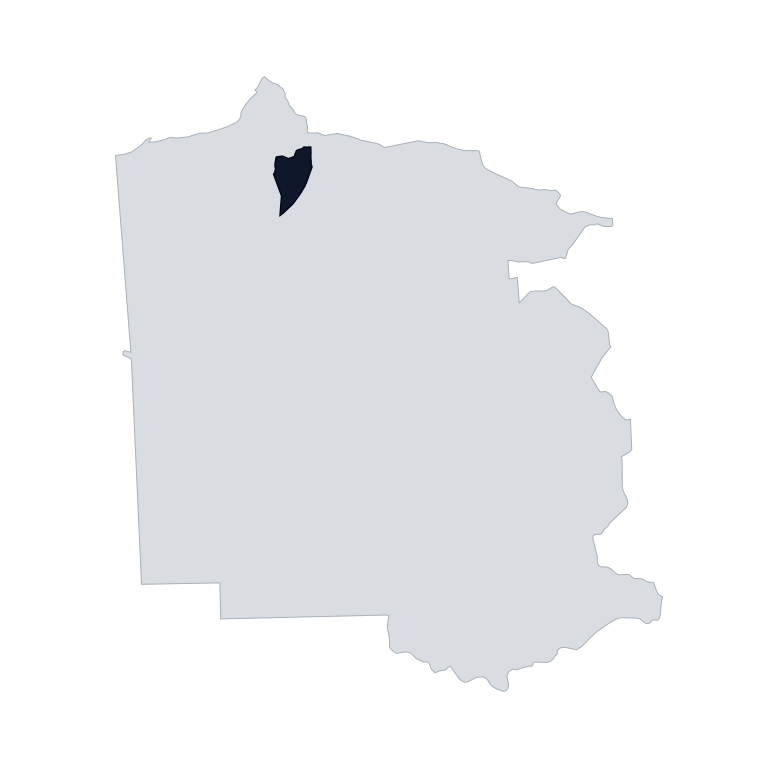 Dordieb, Red Sea, Sudan (highlighted), rotated 265°
{"feature_id": "16777658B19100050508345", "entity_name": "Dordieb", "entity_type": "district", "adm_level": 2, "iso_a3": "SDN", "parent_name": "Sudan", "parent_adm1": "Red Sea", "projection": "orthographic", "projection_center": [35.963, 17.512], "detail": "fine", "context": "in_parent", "style": "filled", "palette": "ink", "viewbox_px": 768, "rotation_deg": 265, "n_neighbors": 0, "source": "geoboundaries", "source_scale": "gbopen_adm2", "svg_char_len": 4523}
<svg xmlns="http://www.w3.org/2000/svg" viewBox="0 0 768 768"><g transform="rotate(265 384 384)"><path d="M529.2,625.9L522.0,625.8L521.2,624.1L521.4,619.4L522.2,615.9L524.9,610.3L524.2,607.2L524.6,602.9L522.8,597.9L505.6,583.3L502.3,579.3L493.0,575.6L494.7,571.5L491.2,542.0L493.1,538.7L493.7,533.5L493.7,529.0L496.0,521.5L496.2,518.3L478.0,517.8L477.7,521.0L478.5,524.7L478.5,526.1L453.1,525.8L463.1,537.5L463.5,542.6L462.8,548.9L462.9,552.9L463.5,555.6L466.1,560.8L465.9,561.8L465.3,563.0L447.0,578.0L443.9,585.0L441.4,588.7L436.1,594.9L419.3,610.9L416.6,611.9L404.0,612.2L402.8,612.5L401.8,613.2L401.2,613.1L390.6,603.1L372.7,591.0L360.6,596.7L357.3,598.7L357.2,604.3L355.3,607.1L352.0,610.1L343.1,611.7L338.5,613.3L333.0,616.2L327.5,621.2L327.0,623.9L327.6,626.4L297.1,625.1L295.1,623.0L290.9,614.2L287.8,614.6L260.1,612.4L256.1,613.1L248.1,616.2L244.1,616.6L240.1,614.8L226.0,597.0L223.0,594.8L219.8,590.5L216.8,588.6L215.7,587.2L215.5,585.4L215.7,581.7L214.7,579.3L212.5,578.6L192.9,581.5L190.1,580.9L186.0,581.4L184.6,582.0L182.9,584.1L182.5,588.8L181.9,591.1L180.3,593.6L174.6,599.0L173.3,601.5L173.3,607.9L172.9,611.1L172.0,612.5L169.5,614.8L168.5,616.2L167.3,624.3L164.1,629.0L163.4,630.7L163.1,634.2L162.6,635.3L153.7,637.6L150.3,639.2L148.2,641.8L147.7,643.0L144.0,641.7L139.2,640.7L130.1,639.2L126.5,637.7L124.8,635.7L125.5,630.8L124.7,629.6L123.2,628.7L122.3,626.5L122.6,623.9L127.6,618.5L128.7,615.6L130.5,601.3L130.3,596.9L126.8,588.6L118.6,574.2L116.5,571.3L106.1,559.1L104.9,557.4L102.4,552.4L105.8,542.0L106.1,539.1L105.5,536.0L102.9,533.5L100.4,533.1L97.3,530.0L95.3,528.6L93.5,526.0L92.4,522.4L93.9,510.0L93.4,508.3L90.6,507.6L90.0,506.7L90.3,504.3L89.1,497.1L87.7,491.1L88.8,487.9L86.7,483.3L82.4,481.0L73.7,481.9L71.0,481.4L69.2,480.4L68.0,478.7L67.4,476.7L68.2,473.9L70.9,468.8L74.2,464.6L80.7,461.1L82.4,459.1L83.5,456.9L83.8,454.2L83.6,451.3L83.0,448.7L81.4,445.1L79.9,440.9L80.0,438.2L81.0,436.3L82.8,434.0L89.2,429.9L95.7,426.5L96.8,425.2L96.5,423.6L93.8,420.2L93.2,414.0L91.9,409.6L95.3,406.6L97.7,405.7L101.4,404.9L103.0,403.7L103.5,401.1L103.6,398.7L105.0,396.9L107.0,393.1L108.5,391.5L113.6,387.2L114.8,384.3L115.3,381.5L114.5,372.7L117.5,369.3L121.2,366.5L126.3,367.1L134.2,367.0L139.7,366.1L143.5,366.4L152.2,368.5L153.1,367.9L153.7,365.6L164.2,200.9L199.7,203.1L200.2,202.8L205.6,125.0L429.6,134.4L431.4,134.2L435.2,127.0L436.7,126.5L439.0,127.0L439.8,128.7L437.7,134.6L635.0,136.4L635.5,145.3L637.1,152.4L642.8,162.6L647.6,168.0L649.3,171.0L649.5,172.4L649.3,173.7L647.9,172.2L645.4,171.2L645.1,176.0L646.3,185.8L648.4,192.6L647.0,198.9L647.2,209.7L649.9,222.5L649.4,230.7L653.8,249.9L657.9,260.5L660.2,263.1L662.7,264.5L667.5,265.4L674.7,270.7L680.4,276.4L682.5,279.3L685.3,282.6L687.1,282.0L688.3,281.1L690.2,283.7L699.2,289.3L700.6,292.0L697.4,294.6L693.7,299.2L691.9,303.4L691.0,304.7L688.0,307.3L687.5,308.6L686.2,309.4L684.8,309.5L681.8,311.0L679.0,310.5L676.2,311.4L675.2,312.4L673.0,313.2L670.0,313.8L665.3,317.3L661.2,319.1L659.9,320.5L657.8,327.5L656.2,329.4L650.2,329.6L647.2,330.3L643.1,329.5L641.2,329.6L640.7,331.1L640.0,337.1L640.1,339.7L636.7,346.6L637.7,359.5L634.5,369.1L634.0,371.3L630.7,379.0L629.0,381.8L624.8,396.1L623.1,400.5L619.5,405.1L623.3,439.4L620.3,449.9L620.4,455.6L618.3,464.0L616.6,467.9L613.8,472.7L611.5,477.9L609.5,484.9L608.2,498.0L607.5,499.2L596.6,500.8L593.1,501.7L590.8,503.2L588.0,506.6L582.4,515.8L579.4,521.4L574.8,529.2L569.4,534.6L568.2,537.3L567.3,542.2L565.3,550.1L563.5,555.6L563.8,560.1L562.1,567.9L562.3,571.6L560.4,573.7L557.9,575.7L556.1,576.2L548.5,571.0L543.1,574.5L539.7,579.5L537.0,584.6L538.5,595.3L538.3,597.7L537.6,600.2L532.4,610.7L530.9,615.5L529.2,623.9L529.2,625.9Z" fill="#d9dde1" stroke="#a8b0b8" stroke-width="1"/><path d="M590.6,323.9L595.4,326.1L598.0,327.3L606.5,331.2L609.8,330.5L612.0,330.8L614.1,330.8L615.9,330.8L617.6,331.0L619.1,331.1L619.5,331.2L621.0,331.4L621.3,331.4L621.5,331.4L623.8,331.5L625.2,331.6L626.5,331.6L626.6,327.3L627.1,325.0L625.6,323.1L625.2,321.2L625.0,319.8L624.1,317.1L618.3,314.3L616.8,308.2L617.3,307.5L618.0,306.4L618.9,304.5L619.8,302.8L619.7,298.7L619.7,297.2L619.3,296.4L617.9,295.9L615.7,295.4L613.6,294.8L612.5,294.6L610.4,294.4L608.1,294.8L604.0,293.4L602.7,292.3L590.3,295.6L586.4,296.7L580.3,298.3L560.9,295.1L561.0,295.3L561.4,295.8L563.0,298.4L563.8,299.4L566.6,302.9L568.9,305.9L571.1,308.6L572.6,310.1L574.2,311.5L576.6,313.5L579.1,315.8L583.0,318.8L584.3,319.7L585.4,320.5L588.0,322.4L589.4,323.1L590.6,323.9Z" fill="#0f172a" stroke="#020617" stroke-width="1.5"/></g></svg>